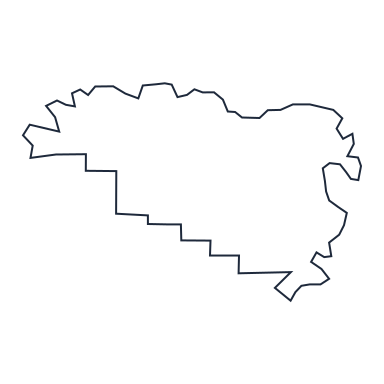 Vanini, Rio Grande do Sul, Brazil (Albers equal-area conic projection)
{"feature_id": "56859067B33860368995203", "entity_name": "Vanini", "entity_type": "district", "adm_level": 2, "iso_a3": "BRA", "parent_name": "Brazil", "parent_adm1": "Rio Grande do Sul", "projection": "albers", "projection_center": [-51.831, -28.498], "detail": "fine", "context": "isolated", "style": "outline", "palette": "slate", "viewbox_px": 384, "rotation_deg": 0, "n_neighbors": 0, "source": "geoboundaries", "source_scale": "gbopen_adm2", "svg_char_len": 1124}
<svg xmlns="http://www.w3.org/2000/svg" viewBox="0 0 384 384"><path d="M30.5,157.9L55.9,154.5L85.9,154.2L85.8,170.8L116.3,171.1L116.1,213.7L147.9,215.4L147.9,224.0L167.7,224.4L180.9,224.4L181.3,240.4L210.5,240.6L210.0,255.5L239.0,255.5L238.6,273.3L290.9,272.1L274.9,287.9L290.6,300.7L295.4,292.1L301.4,285.8L309.7,284.4L320.5,284.4L329.1,278.8L321.5,269.0L311.1,261.9L316.5,252.4L324.2,257.1L331.3,256.2L329.1,242.6L339.2,234.7L344.0,225.2L346.8,212.9L338.0,206.9L329.2,200.5L326.1,191.5L324.9,180.9L322.8,168.3L329.6,163.1L340.0,164.3L346.1,172.1L350.9,178.9L358.3,180.1L361.0,166.0L358.0,157.5L347.4,156.2L353.8,143.9L352.4,133.8L343.0,138.8L336.6,128.6L342.3,118.3L333.3,109.9L309.8,104.4L292.9,104.4L280.5,109.9L267.8,110.2L259.5,118.0L242.0,117.5L235.1,112.0L227.8,111.5L222.9,99.6L214.0,92.3L202.7,92.4L194.4,89.3L187.0,94.9L177.5,97.1L171.7,84.6L164.8,83.3L155.8,84.3L142.8,85.5L138.3,98.4L125.4,93.6L113.2,86.3L95.2,86.5L88.1,95.0L80.2,89.5L72.0,93.3L74.9,106.4L65.9,104.8L57.0,100.5L46.1,105.9L55.1,117.2L59.2,131.6L29.7,124.7L23.0,135.3L32.7,145.6L30.5,157.9Z" fill="none" stroke="#1e293b" stroke-width="2"/></svg>